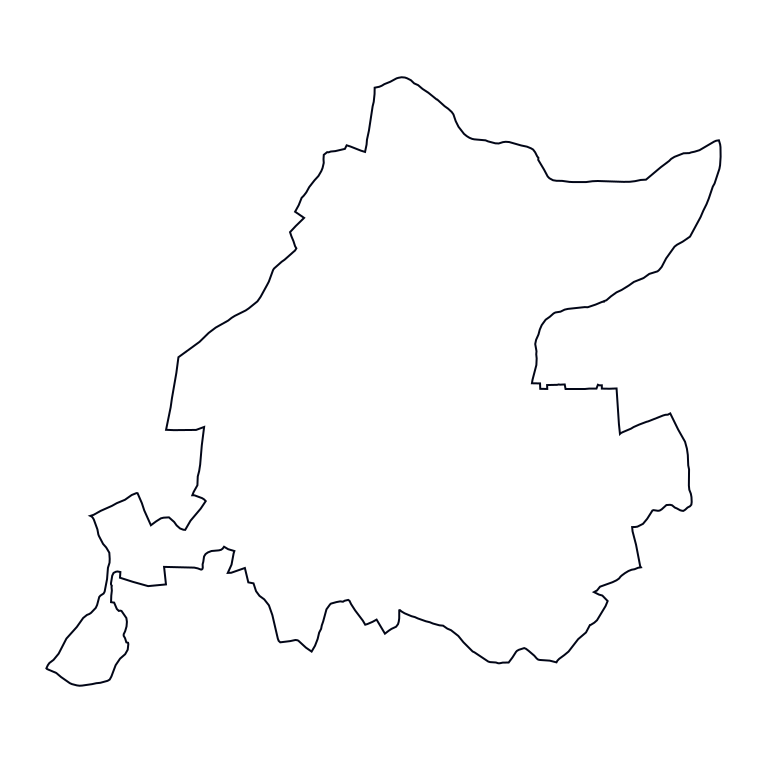 Ploscos, Cluj, Romania, rotated 91°
{"feature_id": "2599482B49200001700985", "entity_name": "Ploscos", "entity_type": "district", "adm_level": 2, "iso_a3": "ROU", "parent_name": "Romania", "parent_adm1": "Cluj", "projection": "equal_earth", "projection_center": [23.828, 46.646], "detail": "fine", "context": "isolated", "style": "outline", "palette": "ink", "viewbox_px": 768, "rotation_deg": 91, "n_neighbors": 0, "source": "geoboundaries", "source_scale": "gbopen_adm2", "svg_char_len": 6098}
<svg xmlns="http://www.w3.org/2000/svg" viewBox="0 0 768 768"><g transform="rotate(91 384 384)"><path d="M562.8,123.9L561.6,124.7L540.3,129.2L527.0,132.9L522.7,133.4L522.6,130.5L522.2,128.1L519.3,122.6L514.2,118.5L505.8,113.4L505.4,112.3L506.0,107.8L505.7,106.1L504.5,104.2L500.1,99.5L499.8,95.9L500.2,93.9L502.5,91.0L503.3,89.0L505.1,85.6L505.6,83.5L505.6,82.4L504.4,80.6L502.2,78.3L500.9,75.9L499.3,74.6L496.6,74.3L491.7,74.6L488.3,75.3L484.4,76.9L480.2,77.4L464.1,77.5L460.0,78.4L449.7,79.0L443.4,80.0L436.5,82.0L424.4,89.1L408.4,97.3L409.7,99.6L409.9,102.1L410.6,104.4L416.8,119.3L417.2,120.8L420.1,128.1L422.7,133.7L424.3,136.2L428.0,144.5L429.0,146.4L429.8,147.2L420.1,148.4L384.4,151.4L384.8,158.4L384.8,166.1L381.5,166.2L381.6,168.5L381.0,170.1L384.9,171.5L385.0,178.6L385.5,183.1L385.8,202.4L381.3,203.3L381.6,208.0L381.4,209.3L381.8,210.7L382.2,220.9L386.1,220.7L386.1,227.7L380.7,228.0L380.7,236.1L377.3,235.6L362.4,232.0L355.8,231.8L351.7,232.3L348.6,232.1L341.4,233.5L337.2,232.7L331.8,230.4L326.9,229.2L322.3,227.3L316.9,223.5L313.9,219.4L310.5,215.7L309.5,213.9L308.6,208.8L306.5,204.7L305.7,201.4L303.6,184.6L303.7,181.7L300.9,173.8L298.1,167.4L297.8,165.6L297.4,165.7L296.4,163.1L292.3,158.5L288.3,153.1L285.9,148.2L281.3,141.0L277.6,136.0L273.5,126.3L269.3,120.7L266.6,112.5L265.4,111.1L262.1,108.4L253.5,104.1L241.6,95.9L239.6,93.4L236.5,87.9L231.3,80.6L211.6,70.4L205.2,67.8L198.7,64.7L192.9,62.5L180.9,58.7L177.8,57.0L163.0,52.4L159.4,51.8L150.9,51.4L141.3,51.7L138.6,52.1L134.5,53.4L135.0,56.2L135.9,58.2L144.7,72.6L146.3,77.5L147.1,81.0L147.8,82.8L148.1,88.5L151.8,97.5L153.9,100.8L156.0,102.8L162.4,111.0L175.1,125.6L175.5,130.8L176.8,136.5L177.5,141.6L177.7,147.9L177.3,173.9L177.6,179.0L178.6,185.7L178.8,198.4L178.7,202.0L177.8,209.5L177.8,215.1L177.3,218.6L175.4,222.2L173.6,224.0L166.9,227.7L157.2,233.7L155.1,233.6L153.9,234.7L149.7,236.9L147.0,239.0L145.8,241.1L144.2,245.2L143.1,251.0L139.9,263.0L139.7,266.5L140.1,269.3L141.5,273.5L141.4,276.9L139.6,284.2L138.6,286.7L137.8,298.0L137.4,300.1L136.3,302.9L134.7,305.6L132.5,308.4L125.5,314.0L119.9,316.9L113.2,319.3L110.9,321.0L107.7,324.6L105.2,328.2L98.6,335.8L98.6,336.3L92.1,344.6L88.3,350.6L84.6,355.1L82.9,359.1L79.8,362.4L77.9,366.3L77.2,368.5L77.0,371.8L77.6,374.9L78.2,376.8L81.7,383.0L84.2,388.9L85.8,391.4L86.9,393.9L87.9,398.5L94.2,398.5L102.1,399.2L106.5,400.2L131.0,403.5L140.1,405.3L144.9,405.6L152.3,407.0L151.1,411.1L147.1,421.8L146.0,425.5L149.6,427.2L152.0,436.8L152.5,441.3L153.3,443.4L153.2,444.9L155.9,448.2L160.2,448.4L164.0,448.1L169.1,449.2L172.2,450.4L177.2,453.2L181.5,457.0L188.4,462.2L193.7,465.0L197.1,467.5L199.3,469.6L206.7,472.4L213.3,475.9L219.3,466.8L227.7,475.1L233.8,480.6L237.8,479.2L242.8,477.0L247.8,475.3L249.9,474.0L252.1,475.3L253.7,477.1L261.5,485.6L263.6,488.5L270.5,496.0L272.0,496.9L283.6,500.9L286.8,502.5L299.0,508.9L303.6,512.0L310.8,520.6L312.9,523.6L318.5,534.4L320.5,537.5L323.3,540.9L330.5,553.2L335.9,560.1L345.1,569.2L360.8,590.0L376.5,591.8L402.1,595.8L411.0,596.9L433.6,601.1L433.8,593.3L433.2,571.1L430.1,563.1L448.5,565.1L467.8,566.4L474.3,567.3L479.7,568.6L488.5,568.8L495.2,572.4L498.6,573.7L498.6,571.6L501.3,563.9L502.5,561.9L504.2,560.2L511.8,565.1L524.1,575.1L533.3,580.2L533.2,582.1L532.0,585.4L529.0,588.9L525.6,591.4L521.1,596.7L521.5,602.0L522.2,604.7L525.3,609.4L529.3,614.6L514.6,621.5L507.4,624.0L497.5,628.5L497.4,629.6L499.4,634.3L504.3,641.0L507.8,649.1L510.6,653.9L515.8,665.1L519.9,672.1L521.0,675.3L521.6,674.0L522.6,673.0L524.5,671.8L534.4,668.0L539.4,667.0L540.9,666.4L548.8,662.1L552.3,658.9L557.5,655.7L563.7,655.2L567.5,655.3L572.6,656.8L583.9,657.5L596.5,659.7L598.4,660.7L600.5,663.8L601.9,665.0L610.0,667.0L612.9,668.3L617.9,672.9L619.1,674.6L620.1,677.0L623.2,680.7L632.3,686.9L644.1,697.1L659.3,704.6L665.6,709.6L668.8,713.7L671.0,715.2L674.2,716.6L674.8,716.0L675.6,714.2L678.6,706.7L682.6,701.8L688.6,692.9L689.5,690.8L690.7,685.8L691.0,683.2L690.8,680.6L689.2,670.7L688.2,666.5L687.7,662.4L685.6,655.2L684.3,653.1L681.3,651.5L669.8,647.4L663.2,643.1L658.7,638.1L654.1,635.6L648.5,635.1L647.2,635.4L646.8,637.1L642.6,638.5L640.3,639.9L638.7,639.9L635.7,638.5L630.9,637.2L626.3,636.9L622.5,637.5L615.5,642.5L615.2,643.7L615.5,645.2L613.6,647.2L607.3,650.0L606.9,653.1L600.4,653.0L595.3,652.5L591.5,652.9L590.6,652.6L589.3,653.4L588.0,653.5L580.4,652.4L577.6,651.1L576.4,648.8L576.1,647.1L576.6,644.3L582.3,644.6L586.2,631.6L590.2,616.3L588.2,598.5L570.7,600.7L570.9,570.5L571.6,567.0L572.7,563.9L572.7,563.1L572.0,562.3L570.8,562.0L567.4,562.2L565.0,561.6L559.6,560.9L557.2,559.5L555.5,557.2L554.0,553.6L553.2,546.1L552.6,544.0L551.5,542.5L549.5,541.1L551.9,536.9L553.6,530.7L556.0,531.4L567.3,533.3L575.6,536.9L575.4,533.5L570.4,519.9L584.7,516.2L585.6,511.0L593.4,508.3L598.0,504.8L601.4,500.0L607.3,495.2L617.0,491.6L640.5,485.7L642.7,484.8L644.1,483.2L642.7,473.3L641.5,468.1L641.7,466.3L642.1,465.2L649.0,457.4L652.8,451.7L646.9,448.4L640.1,445.9L633.7,444.5L629.9,442.6L626.5,442.0L622.6,440.7L610.3,437.6L605.3,434.1L604.5,433.2L602.9,427.8L602.1,424.0L602.4,421.2L601.4,419.6L600.5,416.0L601.4,414.7L604.6,413.1L610.9,408.9L621.0,401.0L625.0,398.6L624.3,396.4L622.0,391.3L619.7,387.3L633.6,378.7L630.4,374.7L628.7,372.2L626.5,367.7L623.9,365.8L621.3,365.1L618.0,364.7L610.0,364.8L609.8,364.2L611.2,362.4L612.9,359.4L615.7,352.4L616.5,349.1L617.8,346.1L620.5,338.0L621.4,334.0L622.6,331.0L624.3,324.4L624.6,320.7L627.5,316.4L629.0,312.7L634.6,305.3L640.8,300.1L649.9,290.7L650.7,288.9L659.7,274.9L660.2,273.1L660.5,267.2L661.2,265.0L661.2,263.4L660.5,260.4L660.3,254.5L655.2,250.8L649.5,247.3L648.5,246.4L647.4,244.5L645.6,239.2L646.3,237.4L648.3,234.7L653.0,229.0L655.8,226.5L656.9,225.0L657.2,223.4L657.7,213.5L659.3,206.7L657.6,205.8L655.7,204.0L651.9,199.0L648.3,194.8L635.7,185.4L628.9,177.7L621.4,173.9L621.3,173.2L619.0,169.6L616.5,166.9L602.2,158.6L597.1,156.6L591.7,162.0L590.8,165.4L588.4,170.4L586.7,167.4L582.9,164.5L578.2,152.1L576.2,148.1L574.4,145.6L572.4,144.1L571.2,142.8L568.9,139.8L566.7,136.3L565.4,133.2L564.8,130.2L563.3,126.7L562.8,123.9Z" fill="none" stroke="#020617" stroke-width="2"/></g></svg>